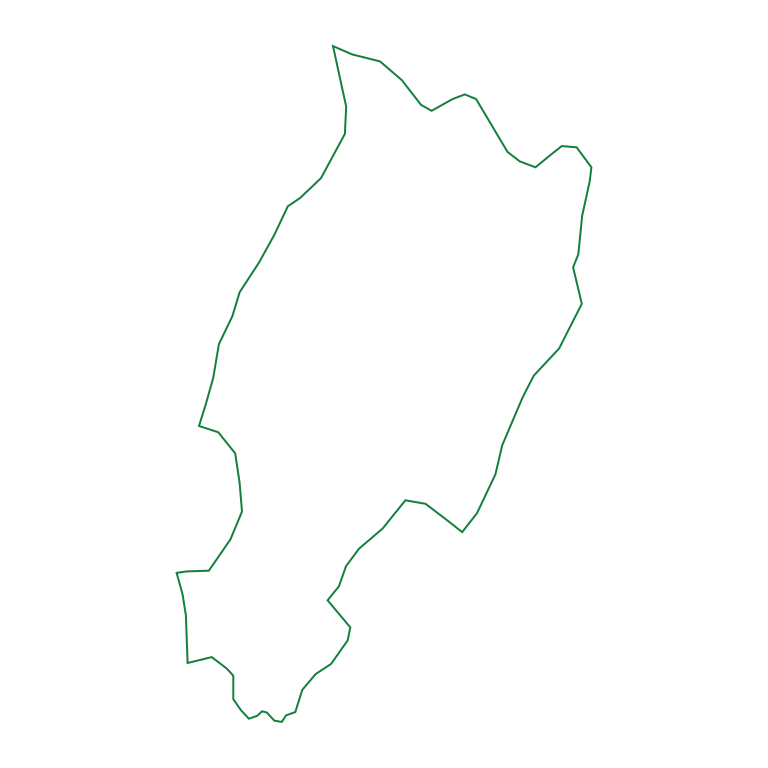 Mefou-et-Afamba, Centre, Cameroon
{"feature_id": "32672807B57773393916452", "entity_name": "Mefou-et-Afamba", "entity_type": "district", "adm_level": 2, "iso_a3": "CMR", "parent_name": "Cameroon", "parent_adm1": "Centre", "projection": "equal_earth", "projection_center": [11.787, 3.937], "detail": "fine", "context": "isolated", "style": "outline", "palette": "green", "viewbox_px": 768, "rotation_deg": 0, "n_neighbors": 0, "source": "geoboundaries", "source_scale": "gbopen_adm2", "svg_char_len": 1233}
<svg xmlns="http://www.w3.org/2000/svg" viewBox="0 0 768 768"><path d="M333.0,46.1L333.8,49.7L346.2,106.7L345.9,112.4L344.9,133.9L321.0,178.1L300.2,197.9L287.8,206.3L274.5,234.5L259.1,262.4L239.6,292.3L232.4,316.1L218.9,344.2L213.2,378.0L205.8,404.2L199.0,426.0L218.3,432.3L235.2,453.4L239.6,482.7L242.0,511.6L230.5,539.3L219.7,555.0L208.8,570.7L186.8,571.4L176.6,572.9L182.5,594.0L185.9,615.4L187.6,663.0L211.6,657.1L220.8,664.0L226.9,668.7L233.3,675.7L233.3,699.2L240.9,710.1L248.9,718.7L257.2,715.8L262.1,711.3L266.8,712.5L274.4,720.7L281.8,721.9L286.1,715.3L295.3,712.1L302.3,689.8L315.7,674.0L331.1,663.9L347.7,640.3L350.3,627.4L327.6,600.3L339.0,586.2L346.0,566.2L359.1,548.6L363.2,545.1L382.7,528.5L388.1,521.7L405.4,500.3L425.5,503.8L445.6,519.1L462.2,532.1L477.0,513.2L495.4,474.4L502.3,445.0L503.7,441.8L522.4,397.9L529.9,383.1L533.8,375.6L559.1,348.5L581.8,303.8L573.1,267.3L578.3,254.4L581.5,222.5L582.2,215.6L589.7,181.4L591.4,167.3L576.6,147.3L561.7,146.1L551.2,154.4L537.8,165.4L535.5,167.3L519.8,161.4L507.6,152.0L506.0,149.4L486.6,116.7L476.1,99.1L464.8,94.4L452.5,99.1L431.6,110.8L421.1,104.9L419.3,102.6L405.4,84.8L401.9,80.2L380.0,61.4L352.1,54.4L333.0,46.1Z" fill="none" stroke="#15803d" stroke-width="2"/></svg>